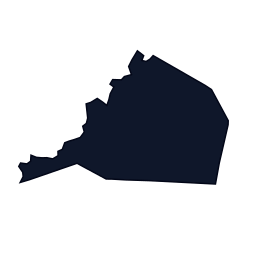 Angelim, Pernambuco, Brazil, rotated 283°
{"feature_id": "56859067B85610748875596", "entity_name": "Angelim", "entity_type": "district", "adm_level": 2, "iso_a3": "BRA", "parent_name": "Brazil", "parent_adm1": "Pernambuco", "projection": "albers", "projection_center": [-36.281, -8.876], "detail": "fine", "context": "isolated", "style": "filled", "palette": "ink", "viewbox_px": 256, "rotation_deg": 283, "n_neighbors": 0, "source": "geoboundaries", "source_scale": "gbopen_adm2", "svg_char_len": 857}
<svg xmlns="http://www.w3.org/2000/svg" viewBox="0 0 256 256"><g transform="rotate(283 128 128)"><path d="M102.0,73.6L99.4,69.7L92.4,68.8L89.5,65.0L85.3,66.1L81.0,61.6L80.8,55.6L79.6,51.0L78.8,45.3L79.7,39.6L73.7,40.6L70.3,37.6L69.7,31.2L66.0,30.2L61.2,35.4L57.0,36.8L50.7,35.2L55.4,43.5L73.7,72.7L82.2,86.3L80.5,92.3L73.4,118.2L74.6,123.7L76.9,137.2L81.6,161.0L83.8,173.3L93.1,225.8L114.5,224.8L153.6,224.8L157.7,224.0L184.2,200.7L186.8,193.7L204.2,136.2L200.0,133.9L196.9,130.7L196.9,126.3L202.0,127.0L205.3,119.8L199.4,117.9L195.5,116.6L191.8,115.7L188.1,114.8L180.8,119.4L177.3,112.9L173.4,110.7L171.7,102.2L166.7,100.6L164.8,105.0L157.3,103.0L151.3,103.0L145.2,102.3L147.3,98.0L149.9,91.4L144.6,86.0L142.1,81.8L128.6,86.5L123.1,86.4L119.6,83.5L114.3,86.3L108.0,83.6L104.6,78.2L102.0,73.6Z" fill="#0f172a" stroke="#020617" stroke-width="1.5"/></g></svg>